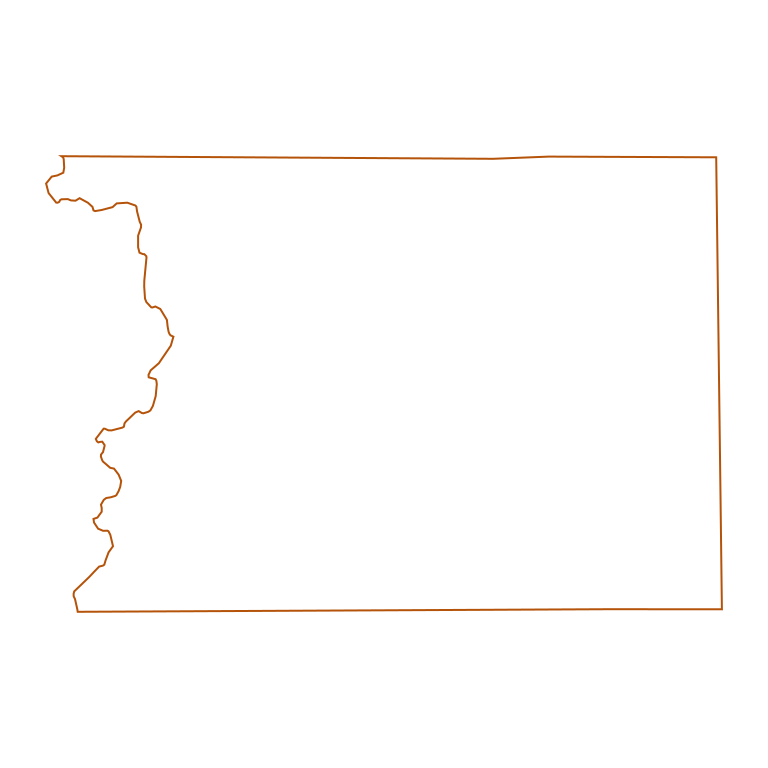 outline of Sioux, Iowa, United States of America
{"feature_id": "52423323B71444567785310", "entity_name": "Sioux", "entity_type": "district", "adm_level": 2, "iso_a3": "USA", "parent_name": "United States of America", "parent_adm1": "Iowa", "projection": "albers", "projection_center": [-96.475, 43.084], "detail": "fine", "context": "isolated", "style": "outline", "palette": "amber", "viewbox_px": 768, "rotation_deg": 0, "n_neighbors": 0, "source": "geoboundaries", "source_scale": "gbopen_adm2", "svg_char_len": 1696}
<svg xmlns="http://www.w3.org/2000/svg" viewBox="0 0 768 768"><path d="M61.4,156.2L63.1,157.3L63.7,159.1L64.2,167.7L63.3,172.7L57.4,175.4L51.7,176.6L46.1,183.5L48.6,193.1L56.2,202.6L57.6,202.7L59.2,201.9L60.1,200.1L61.4,199.3L67.8,199.1L70.9,200.4L75.5,200.7L79.6,198.2L88.0,202.8L92.5,206.9L93.5,210.4L95.1,211.1L101.6,210.0L112.6,207.1L116.7,203.4L127.3,202.7L135.4,205.5L136.4,206.7L137.1,211.6L139.7,221.7L141.1,224.7L141.0,227.4L138.1,235.7L138.1,247.3L139.5,252.7L142.9,254.1L144.4,254.2L146.3,256.2L146.5,257.4L144.3,280.7L144.2,286.5L145.0,298.6L146.4,302.1L151.2,307.3L152.3,307.5L155.4,306.5L160.3,309.0L166.9,319.9L167.6,326.4L168.6,331.8L169.4,333.8L170.5,335.3L173.4,336.7L170.8,345.7L162.4,358.0L158.9,363.2L150.7,370.3L148.5,374.9L148.7,377.3L155.6,379.2L156.4,380.9L156.8,384.3L156.7,385.3L155.7,396.1L152.9,405.9L150.4,410.4L148.3,411.8L143.4,413.3L141.8,413.0L138.7,411.1L135.2,412.6L125.9,421.5L124.5,423.4L123.9,426.7L122.4,427.6L111.6,430.4L108.3,430.3L104.8,428.7L103.6,428.7L95.8,438.9L96.9,441.3L98.3,442.4L100.1,441.9L102.3,441.7L104.6,445.1L104.6,445.9L103.0,452.1L101.0,454.6L100.9,456.6L102.1,460.0L102.9,461.5L110.2,467.8L114.0,468.6L118.6,474.6L121.2,480.9L120.2,486.9L118.6,491.1L116.4,495.1L115.3,495.9L110.7,497.3L106.3,498.0L103.8,499.8L101.0,504.6L101.7,508.0L101.7,511.7L97.4,517.6L93.5,518.9L94.0,522.5L98.1,528.7L103.1,530.8L107.4,530.7L108.5,531.3L110.3,534.8L113.0,546.2L108.6,552.3L105.6,560.3L104.3,564.7L103.0,565.6L99.1,566.6L94.3,571.6L89.0,577.2L74.2,591.4L73.6,593.9L73.7,596.4L75.0,599.0L77.3,609.3L77.7,611.8L609.8,609.2L721.9,609.3L720.5,495.7L716.2,157.3L548.7,156.6L493.1,158.8L61.4,156.2Z" fill="none" stroke="#b45309" stroke-width="2"/></svg>